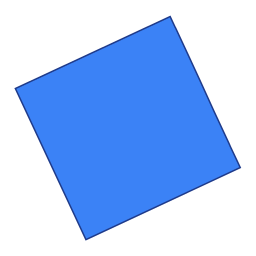 Sherman, Texas, United States of America, rotated 65°
{"feature_id": "52423323B51722927782830", "entity_name": "Sherman", "entity_type": "district", "adm_level": 2, "iso_a3": "USA", "parent_name": "United States of America", "parent_adm1": "Texas", "projection": "mercator", "projection_center": [-101.861, 36.278], "detail": "fine", "context": "isolated", "style": "filled", "palette": "blue", "viewbox_px": 256, "rotation_deg": 65, "n_neighbors": 0, "source": "geoboundaries", "source_scale": "gbopen_adm2", "svg_char_len": 376}
<svg xmlns="http://www.w3.org/2000/svg" viewBox="0 0 256 256"><g transform="rotate(65 128 128)"><path d="M44.6,213.4L211.4,213.3L211.3,43.0L203.2,43.0L202.0,43.0L188.1,43.1L184.9,43.0L163.2,43.0L162.8,43.0L162.4,43.0L162.0,43.0L160.5,43.0L148.6,43.0L116.6,42.7L85.0,42.6L57.3,42.6L56.2,42.7L44.8,42.7L44.6,213.4Z" fill="#3b82f6" stroke="#1e3a8a" stroke-width="1.5"/></g></svg>